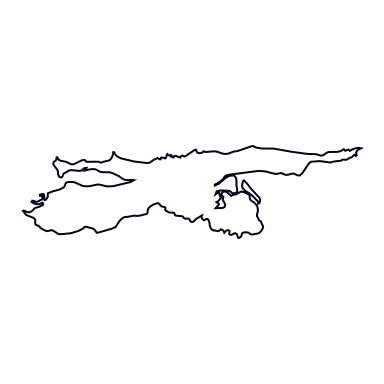 an SVG outline of Sucre
{"feature_id": "VEN-49", "entity_name": "Sucre", "entity_type": "State", "adm_level": 1, "iso_a3": "VEN", "parent_name": "Venezuela", "parent_adm1": "", "projection": "albers", "projection_center": [-63.33, 10.402], "detail": "fine", "context": "isolated", "style": "outline", "palette": "ink", "viewbox_px": 384, "rotation_deg": 0, "n_neighbors": 0, "source": "natural_earth", "source_scale": "10m", "svg_char_len": 5991}
<svg xmlns="http://www.w3.org/2000/svg" viewBox="0 0 384 384"><path d="M23.0,210.9L23.6,210.6L24.9,211.0L27.7,212.2L28.8,212.4L31.6,211.4L35.1,207.9L39.1,206.9L41.4,205.7L42.1,205.4L43.1,204.8L43.1,203.6L42.4,202.7L39.0,204.3L36.1,204.1L33.3,203.1L31.4,201.9L32.2,200.7L33.5,200.8L35.0,201.5L36.5,201.9L38.1,201.5L40.8,199.8L42.6,199.3L42.3,197.7L42.3,197.0L42.6,195.8L39.9,195.8L39.9,194.8L42.6,193.9L43.8,194.4L44.2,195.9L44.3,198.0L44.6,200.0L45.5,199.9L46.7,198.6L47.8,196.7L47.8,193.3L52.9,191.3L59.4,189.6L64.0,187.2L65.1,185.1L65.6,183.4L66.8,182.3L69.7,181.9L72.5,182.0L74.5,182.3L76.1,182.9L81.6,185.5L84.0,186.1L86.9,186.3L89.9,186.1L97.6,184.5L100.1,184.7L105.1,186.0L107.6,186.4L113.1,186.2L130.3,182.1L133.8,180.2L130.9,179.9L127.7,180.1L124.5,179.8L121.4,178.0L119.2,176.3L112.7,173.2L109.8,172.3L103.1,172.2L100.1,171.8L97.2,170.1L94.7,169.1L91.3,169.1L84.8,170.5L85.4,169.8L86.5,167.9L84.7,168.0L83.4,168.8L82.4,169.8L81.4,170.5L79.7,170.9L71.0,170.1L69.3,170.4L65.5,172.7L64.5,173.1L63.5,173.8L62.3,176.8L61.1,177.5L59.2,176.8L58.3,175.1L58.1,173.2L58.1,171.8L57.0,169.3L54.8,166.6L53.2,164.1L53.8,161.8L55.1,161.0L56.0,160.1L56.5,158.9L56.6,157.3L57.3,157.3L58.6,159.6L60.3,160.7L65.9,161.8L67.4,162.4L70.8,164.1L72.4,164.4L74.1,164.1L81.4,160.5L82.7,160.1L84.4,160.0L85.2,160.3L86.0,161.4L86.5,161.8L98.4,161.7L101.2,162.7L103.0,161.8L107.9,160.8L109.8,160.1L111.0,158.8L112.1,156.9L112.9,154.7L113.2,152.2L114.1,152.2L115.7,155.1L118.1,157.0L121.1,158.4L134.1,161.5L146.6,163.0L149.4,162.8L154.5,159.4L157.6,158.1L159.7,159.3L160.6,159.3L161.0,157.7L162.1,157.5L163.7,158.0L165.3,158.4L165.9,157.8L166.7,155.2L167.4,154.1L168.3,155.0L169.1,155.4L170.0,155.4L170.9,154.9L171.7,155.7L170.9,156.5L173.4,157.5L174.5,155.9L176.2,156.0L178.3,156.9L180.3,157.5L180.4,157.0L181.0,156.1L182.0,155.5L183.4,156.1L184.5,156.5L185.9,155.9L194.6,150.0L195.8,149.6L196.2,150.2L196.6,151.4L197.3,152.6L198.8,153.1L200.3,153.1L201.5,152.9L202.6,152.4L203.6,151.3L205.7,152.0L214.3,151.3L217.1,151.7L222.1,153.5L225.1,154.0L228.1,153.7L233.2,151.7L237.7,151.0L251.3,146.3L253.0,146.0L255.9,147.5L257.3,147.8L258.9,147.9L261.5,148.5L273.6,148.6L291.8,151.8L307.2,153.9L316.3,154.2L320.2,155.5L322.3,155.5L323.8,154.8L327.2,152.5L328.8,152.0L337.1,151.9L340.7,151.1L343.8,149.2L345.2,150.7L348.6,149.6L349.8,150.9L351.8,149.6L355.1,148.4L358.6,147.8L361.0,148.3L358.9,149.3L357.1,150.7L356.1,152.6L356.6,155.3L355.9,156.1L354.5,154.8L353.3,155.6L351.8,157.2L349.4,158.0L347.4,159.3L346.4,159.7L344.9,159.8L343.7,159.6L342.5,159.7L341.1,160.7L333.2,161.6L330.5,162.5L319.7,161.1L311.5,161.7L309.9,162.4L308.4,164.1L302.3,173.2L299.6,175.5L297.0,175.2L294.1,173.6L291.7,173.7L289.2,174.5L286.2,174.9L284.8,174.6L282.4,173.5L281.0,173.1L279.8,173.2L277.7,173.8L276.3,173.9L273.7,173.6L265.5,171.4L258.5,170.9L229.2,174.7L225.7,175.6L224.3,177.2L223.0,179.2L220.0,181.6L216.8,183.7L214.8,184.6L214.8,185.5L218.6,183.9L225.5,178.0L229.4,175.8L234.1,175.5L236.1,178.0L236.5,181.7L236.4,185.0L237.1,189.0L237.3,191.4L236.8,192.5L235.7,192.7L233.8,193.3L233.0,193.4L231.9,192.9L230.0,191.1L229.0,190.8L220.6,190.4L216.7,191.3L215.6,194.3L216.5,193.6L219.1,192.5L219.8,195.6L220.5,196.9L221.6,197.7L220.2,198.6L218.2,201.2L216.5,202.1L218.8,203.7L218.6,205.0L217.1,206.5L215.6,208.2L222.9,207.9L224.7,206.9L225.3,204.6L222.7,199.6L223.4,196.9L222.0,195.9L221.5,194.4L222.0,192.7L223.4,191.6L225.6,191.6L227.7,192.7L231.2,196.0L232.5,195.0L233.7,194.7L235.0,194.6L236.4,194.2L240.3,192.0L241.1,191.6L243.2,192.0L245.7,192.9L247.9,194.0L249.3,195.0L249.7,196.0L249.8,198.3L250.2,199.4L251.0,200.5L254.0,202.4L255.7,204.2L257.0,205.9L257.7,208.0L257.9,210.8L257.0,214.6L257.0,216.1L258.5,219.0L258.7,220.0L259.2,220.5L260.1,220.8L261.0,221.5L261.7,223.7L262.9,225.9L263.1,226.6L262.6,228.7L261.2,231.0L259.4,232.8L257.5,233.6L256.1,233.8L253.6,234.3L252.3,234.5L250.7,234.3L249.8,233.7L249.2,233.1L248.5,232.7L246.4,232.3L244.2,232.3L242.3,233.1L241.6,235.0L241.3,236.1L240.6,237.0L239.6,237.7L238.5,238.0L237.9,237.5L237.2,235.0L236.8,234.1L234.9,233.1L231.4,234.9L229.5,234.5L229.2,233.6L229.4,232.3L229.5,231.0L228.6,230.2L227.3,230.2L226.2,230.8L225.1,231.7L224.3,232.7L223.9,231.4L223.1,230.5L222.1,229.8L220.8,229.3L218.9,230.9L217.5,231.1L213.9,230.2L214.5,231.0L212.3,229.9L211.2,228.9L210.7,228.1L209.8,225.6L209.5,223.0L209.3,222.2L208.6,220.3L208.2,219.5L207.6,219.0L206.5,219.0L205.8,219.3L204.7,220.1L204.0,220.2L203.3,219.9L202.5,219.1L202.0,218.4L201.7,217.6L201.5,217.1L202.0,215.5L197.0,218.4L195.3,219.7L193.5,221.5L192.9,221.8L192.0,222.0L190.6,221.6L189.7,220.0L189.4,219.2L189.0,218.9L188.4,218.7L187.6,218.6L185.5,218.6L184.5,218.5L183.9,218.1L183.2,217.0L182.8,216.6L182.3,216.3L175.8,215.6L175.3,215.3L174.9,214.8L174.4,213.5L174.1,213.0L173.2,212.7L169.5,212.5L168.4,212.2L167.7,211.7L167.2,211.3L166.0,210.8L165.5,210.5L165.2,210.0L165.2,209.4L165.5,208.2L165.4,207.6L164.9,207.2L162.0,206.5L161.4,206.2L160.8,205.9L160.4,205.4L159.3,203.9L158.8,203.5L157.9,203.2L156.3,203.5L153.4,204.5L150.3,206.5L149.2,207.4L148.1,209.0L147.9,209.7L147.7,210.4L147.5,212.8L147.3,213.4L146.4,214.1L144.2,214.5L140.9,215.4L137.8,215.9L133.6,215.7L128.0,216.8L125.3,217.0L124.3,217.2L123.2,217.7L121.3,219.2L119.7,220.7L115.5,227.1L112.1,228.6L98.6,232.5L96.8,232.8L94.5,229.6L93.0,228.6L87.1,227.0L85.7,226.8L84.7,226.9L82.9,228.6L78.3,231.0L71.0,233.2L63.4,234.0L59.3,234.2L57.7,233.7L56.7,232.9L53.1,230.6L51.9,230.3L51.0,230.2L48.5,230.9L46.7,231.1L45.5,230.7L41.9,228.9L40.9,228.2L40.1,227.6L39.8,226.9L39.2,226.4L38.4,225.7L37.0,225.4L36.2,225.0L35.6,224.5L35.3,223.9L35.2,223.2L35.3,220.7L35.1,219.8L34.4,218.5L33.1,217.7L27.9,215.7L25.7,214.6L24.7,213.0L23.0,210.9ZM258.2,196.5L259.1,197.3L260.2,199.3L260.0,201.7L258.9,203.7L258.2,203.7L258.1,202.3L257.7,201.0L255.6,199.2L254.7,198.1L252.5,195.8L248.7,192.9L245.1,190.8L242.8,188.4L242.1,186.1L242.3,183.8L243.0,181.4L243.6,180.4L244.1,180.4L247.9,184.6L251.0,188.7L258.2,196.5Z" fill="none" stroke="#020617" stroke-width="2"/></svg>